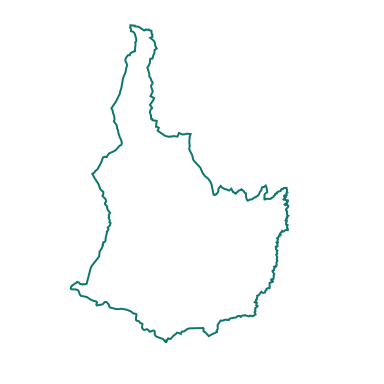 outline of Wat Sing, Chai Nat, Thailand, rotated 101°
{"feature_id": "78962969B4118502895229", "entity_name": "Wat Sing", "entity_type": "district", "adm_level": 2, "iso_a3": "THA", "parent_name": "Thailand", "parent_adm1": "Chai Nat", "projection": "orthographic", "projection_center": [99.951, 15.22], "detail": "fine", "context": "isolated", "style": "outline", "palette": "teal", "viewbox_px": 384, "rotation_deg": 101, "n_neighbors": 0, "source": "geoboundaries", "source_scale": "gbopen_adm2", "svg_char_len": 6001}
<svg xmlns="http://www.w3.org/2000/svg" viewBox="0 0 384 384"><g transform="rotate(101 192 192)"><path d="M302.2,287.7L303.0,288.1L306.5,291.7L308.6,292.7L309.9,292.6L310.5,291.6L309.8,287.6L310.0,285.5L311.1,284.3L314.2,282.4L315.1,281.3L315.1,275.3L316.9,271.2L317.7,267.3L317.7,265.1L318.5,264.2L320.7,264.5L321.5,263.7L319.6,258.9L318.9,258.0L316.7,256.7L316.3,255.0L318.4,252.2L320.4,251.3L321.0,250.4L321.4,244.1L320.8,240.8L320.0,239.0L320.0,233.8L320.8,229.3L322.4,226.3L322.3,223.8L323.3,222.9L325.5,223.1L328.2,222.7L328.8,221.8L329.0,219.4L330.3,218.0L330.9,215.5L334.5,215.2L335.9,214.2L336.6,212.5L335.4,210.3L335.3,209.5L337.3,206.7L335.5,203.9L335.4,202.6L336.5,201.8L338.9,201.5L340.4,200.1L341.0,198.1L341.9,192.2L343.9,190.0L344.4,189.0L344.2,188.6L342.3,188.8L342.5,188.1L340.2,187.4L340.5,185.3L340.2,184.9L336.5,182.7L334.8,181.0L333.0,179.9L332.9,178.3L333.4,175.8L332.3,175.8L330.8,175.2L330.5,173.3L327.7,170.8L326.3,168.4L323.4,155.0L324.0,154.5L325.5,154.4L326.6,154.0L327.1,152.2L330.3,148.0L328.3,145.8L324.7,140.8L323.4,141.4L322.0,140.7L320.7,140.7L317.6,141.5L312.7,139.4L312.6,137.7L310.8,134.6L310.9,133.1L310.5,131.3L309.4,131.0L308.7,130.1L306.6,124.6L305.5,123.8L304.9,122.9L304.5,121.5L304.8,120.8L305.2,120.7L305.3,120.2L304.7,120.0L303.8,119.1L303.2,117.5L303.2,116.7L302.8,116.3L303.2,112.7L303.0,111.7L302.4,111.6L302.3,111.2L302.2,109.8L302.4,108.7L300.0,106.2L298.0,107.7L297.0,107.0L295.6,107.6L294.8,107.4L293.9,107.7L291.8,105.9L291.3,105.9L291.0,107.3L288.4,107.3L288.5,108.8L288.2,109.4L287.0,108.4L285.6,108.7L285.2,107.9L283.6,108.1L282.3,107.8L281.5,108.3L280.5,106.8L276.7,104.9L277.3,103.9L277.4,102.4L276.7,101.2L274.8,101.1L274.1,100.2L273.1,100.5L272.3,99.8L271.7,98.7L271.7,97.6L270.0,97.6L268.9,98.1L266.3,98.4L265.0,95.8L264.5,95.5L264.0,96.0L263.6,97.3L262.9,97.6L262.4,97.3L262.2,95.8L261.8,95.5L259.7,95.5L258.5,96.0L257.0,95.5L254.7,97.7L253.9,97.9L253.2,96.7L252.2,96.9L251.0,96.6L249.8,97.2L249.4,95.4L249.1,95.2L248.4,95.6L247.4,94.9L245.3,95.7L243.2,95.1L242.2,96.0L239.9,95.8L237.5,97.4L236.1,96.6L235.2,97.2L233.1,97.1L232.5,98.4L229.8,99.3L229.3,98.9L229.2,97.8L228.9,97.7L227.6,98.2L226.8,98.1L225.4,99.3L224.9,98.1L223.8,98.8L222.2,98.5L221.1,99.7L220.5,98.9L218.9,98.4L218.7,97.6L216.9,98.0L216.6,97.7L217.0,97.2L216.9,96.8L216.0,97.4L214.9,97.3L214.1,96.2L213.0,96.0L213.4,95.3L213.3,94.4L212.4,93.9L211.5,92.8L211.2,90.7L209.6,91.0L209.1,91.9L208.2,92.1L206.3,91.8L206.0,92.0L206.1,93.3L204.9,93.7L202.6,93.4L202.2,94.7L201.7,94.6L201.6,93.7L200.5,94.4L199.3,93.5L198.5,94.2L197.0,93.0L196.7,93.9L195.8,94.5L194.8,94.5L194.0,95.0L192.8,94.9L192.1,96.0L191.1,96.4L188.2,94.8L187.3,94.9L186.1,96.3L187.2,97.6L186.6,98.7L185.7,98.0L185.0,96.7L184.2,96.9L182.6,95.9L181.8,96.5L182.3,97.8L181.7,98.8L182.1,100.1L181.8,100.7L179.6,99.1L179.0,100.7L178.0,100.8L177.5,100.2L178.3,99.1L177.0,98.4L175.1,99.2L174.2,98.2L173.0,99.0L171.3,99.3L170.6,100.1L170.0,100.1L170.5,102.6L171.9,103.4L172.0,104.7L174.2,105.3L175.2,107.5L176.4,108.6L177.2,108.4L177.5,109.3L178.1,110.0L179.4,110.0L180.4,111.0L181.1,111.0L182.1,111.7L182.6,112.8L183.2,113.0L183.9,114.0L184.5,117.9L185.3,118.5L185.4,119.5L181.0,120.3L179.9,120.0L178.1,118.4L177.4,118.2L173.4,119.7L171.6,120.9L173.6,122.5L173.9,123.9L174.9,124.3L177.0,124.3L179.1,125.4L181.5,125.8L183.4,126.9L184.1,128.0L185.0,128.4L185.2,129.3L187.5,131.5L188.1,132.4L188.4,133.9L189.9,135.5L189.2,136.5L187.1,137.8L185.0,138.5L183.0,138.7L182.9,139.9L181.5,141.2L179.9,144.0L180.9,144.5L181.2,145.6L182.2,146.8L183.2,147.3L184.3,148.5L185.0,148.4L185.3,149.1L184.1,151.1L184.3,151.6L181.3,154.0L183.4,155.7L183.4,156.6L182.7,159.3L183.0,160.1L182.3,162.2L181.7,163.8L180.6,165.0L183.7,166.7L185.0,166.4L187.5,166.5L190.1,168.1L190.0,168.7L190.6,169.2L190.5,170.3L180.9,174.2L178.4,175.9L175.6,179.0L173.8,182.5L170.8,185.6L166.6,188.4L160.7,196.4L159.5,197.3L156.0,198.7L150.6,202.9L146.7,203.1L144.1,204.1L138.5,204.8L135.4,204.4L135.7,208.0L136.8,210.3L137.4,212.5L136.5,216.0L140.4,216.9L140.7,221.2L141.6,222.7L141.6,224.0L142.3,225.2L142.0,229.1L138.4,237.4L135.3,236.8L134.8,238.3L134.8,239.8L128.9,240.2L129.1,244.5L127.9,244.9L127.9,246.2L124.6,246.8L124.0,247.4L121.8,248.6L118.8,248.3L117.1,247.1L114.5,249.9L109.5,247.6L107.0,247.1L105.9,251.0L100.9,249.7L95.9,252.5L92.3,251.4L90.4,253.1L88.9,253.8L86.6,256.0L84.1,256.5L78.2,259.6L76.8,258.8L73.8,258.0L69.2,258.4L68.6,256.3L64.9,256.0L63.2,255.4L59.6,255.8L57.9,254.0L55.0,256.2L53.8,256.4L51.0,258.0L48.6,262.4L47.2,260.4L46.6,260.8L44.9,260.9L44.4,261.8L41.4,262.6L41.4,265.3L40.8,265.6L41.6,268.0L41.3,268.4L42.6,269.8L40.3,275.1L40.0,276.5L40.3,279.8L39.6,280.0L40.1,284.2L41.0,283.8L42.3,284.2L43.8,282.9L45.8,282.5L45.9,280.5L46.6,279.2L48.5,277.8L49.4,277.6L51.5,276.3L53.7,275.6L54.9,275.6L55.9,276.3L57.9,275.6L63.8,275.1L64.6,274.7L65.8,276.9L67.3,278.6L68.3,279.2L69.6,279.2L70.0,281.0L72.9,282.4L75.1,282.7L76.0,282.4L79.7,279.8L82.5,280.2L87.1,280.1L93.4,281.4L103.6,281.2L107.4,281.7L109.2,281.6L117.7,283.9L125.3,287.1L126.9,285.6L129.5,284.6L131.8,283.1L135.9,281.8L137.5,282.2L140.6,278.9L142.6,277.9L143.8,277.7L145.7,276.3L148.5,275.4L150.6,274.0L152.3,273.3L153.2,272.3L155.4,271.0L157.3,270.2L159.0,270.3L159.4,270.5L160.3,271.8L165.4,274.8L167.2,276.8L169.9,280.7L172.6,282.1L173.9,282.3L174.0,284.2L175.0,286.0L180.4,286.8L187.8,289.1L190.3,291.3L191.4,291.4L193.2,293.3L197.0,290.2L202.2,285.2L207.0,282.4L208.9,279.0L211.4,278.7L212.8,279.2L215.5,275.6L216.5,274.8L218.1,274.6L219.5,275.4L220.5,275.1L222.4,272.5L223.3,272.6L225.9,271.1L228.1,268.4L230.0,269.2L231.1,269.2L232.3,268.5L232.9,268.9L236.0,267.1L237.4,267.3L238.0,266.0L240.9,266.4L242.9,267.9L244.4,266.9L246.4,267.5L247.3,268.1L248.5,267.7L253.1,268.0L256.5,267.6L257.4,268.0L258.3,269.4L258.6,269.1L260.9,269.7L261.2,269.2L264.2,269.8L268.1,271.3L273.1,270.9L283.5,276.2L285.5,276.9L302.2,277.9L303.1,279.6L303.1,280.8L303.7,281.4L303.4,283.4L303.5,284.6L302.5,285.7L302.2,287.7Z" fill="none" stroke="#0f766e" stroke-width="2"/></g></svg>